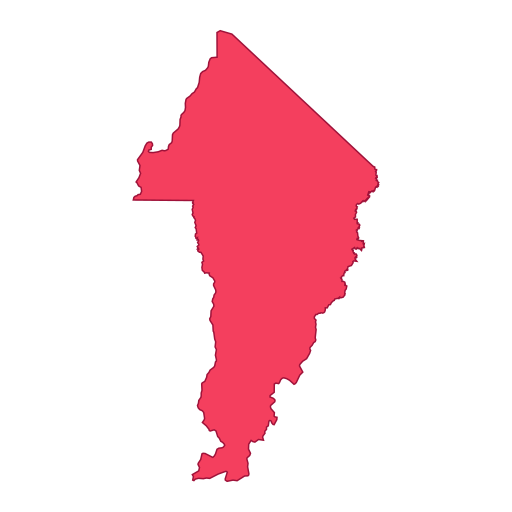 Canutama, Amazonas, Brazil (Robinson projection)
{"feature_id": "56859067B47239543659511", "entity_name": "Canutama", "entity_type": "district", "adm_level": 2, "iso_a3": "BRA", "parent_name": "Brazil", "parent_adm1": "Amazonas", "projection": "robinson", "projection_center": [-63.96, -7.456], "detail": "fine", "context": "isolated", "style": "filled", "palette": "rose", "viewbox_px": 512, "rotation_deg": 0, "n_neighbors": 0, "source": "geoboundaries", "source_scale": "gbopen_adm2", "svg_char_len": 6111}
<svg xmlns="http://www.w3.org/2000/svg" viewBox="0 0 512 512"><path d="M315.2,337.9L316.1,329.5L315.5,327.4L316.0,324.2L315.5,321.9L316.0,320.1L314.4,318.5L314.3,317.0L315.8,314.5L317.0,314.5L318.6,313.3L320.3,313.2L320.9,312.7L322.7,313.1L323.9,312.6L324.7,311.8L325.3,309.9L325.3,307.8L327.2,307.9L328.8,304.8L330.4,304.6L331.4,302.6L333.5,300.6L334.3,300.4L334.8,299.0L337.4,298.4L339.0,298.6L339.2,298.3L338.8,297.8L339.6,297.1L339.6,297.6L340.8,297.8L343.1,297.2L344.9,294.9L344.6,294.2L345.1,293.7L344.7,292.9L345.1,290.3L346.2,289.0L346.8,286.0L345.0,285.2L345.4,284.3L345.2,283.8L344.9,284.2L344.9,282.3L343.4,281.4L342.0,281.4L342.0,279.6L340.8,278.1L341.5,277.9L341.3,277.1L342.6,275.6L343.7,275.7L344.0,273.2L345.0,272.6L344.7,271.6L345.1,270.9L347.7,270.2L347.8,269.7L346.9,269.3L347.5,268.9L348.0,266.6L351.4,265.5L353.1,262.7L352.9,261.5L353.8,260.9L356.8,261.3L355.1,259.1L355.1,257.7L356.5,257.7L356.8,257.1L356.7,256.7L355.9,256.7L356.9,255.5L356.7,254.9L356.0,253.9L354.6,254.1L353.9,253.4L354.1,252.9L353.6,252.9L353.0,251.4L353.2,250.5L352.8,250.7L351.9,249.2L354.6,247.5L355.0,248.6L356.1,249.2L357.2,247.7L358.1,248.7L358.6,248.2L359.3,248.4L361.5,250.5L361.8,249.4L361.5,248.1L364.4,247.5L364.3,246.9L363.7,246.8L364.3,243.6L363.4,244.1L363.2,243.5L363.4,240.9L362.0,241.2L362.2,240.7L359.2,240.4L356.9,239.6L357.2,238.4L358.4,238.5L358.7,237.9L357.9,236.2L357.5,232.7L356.6,231.9L357.3,229.9L356.8,229.8L358.3,228.7L358.2,228.2L359.1,228.4L358.9,227.3L359.4,227.2L359.2,226.1L359.8,225.2L359.4,224.3L357.4,223.7L357.8,222.8L357.2,222.8L357.2,219.3L354.5,219.3L353.8,218.2L355.5,216.9L355.4,214.5L356.6,212.2L356.1,211.3L355.3,211.1L355.5,210.0L356.3,208.9L356.6,209.3L357.1,208.1L356.9,207.2L357.2,206.8L356.4,206.4L356.2,205.6L356.5,204.5L357.8,203.5L358.7,204.1L360.7,203.2L362.6,201.1L363.0,201.6L363.9,200.6L365.1,201.6L365.7,200.1L366.2,199.7L366.5,200.2L367.0,198.6L367.4,198.3L367.5,199.3L369.6,196.8L368.9,196.1L369.3,195.7L367.7,195.1L367.8,194.6L368.6,194.3L368.2,193.3L368.5,192.7L369.4,192.8L369.0,191.7L370.1,191.8L370.1,192.6L372.1,190.9L373.0,191.8L373.6,190.6L374.2,191.0L374.6,190.5L375.5,187.4L375.9,187.0L376.8,187.2L376.7,186.7L378.1,186.5L378.4,186.0L377.5,185.5L378.5,184.5L378.0,184.2L378.1,183.5L378.7,182.5L377.4,181.5L377.4,180.3L376.3,180.3L376.5,178.5L375.7,178.2L376.0,177.6L377.2,177.3L377.0,175.7L376.5,175.9L375.9,175.1L376.2,172.1L375.6,171.6L376.6,170.2L376.6,169.6L375.3,169.5L374.8,168.9L374.9,167.9L374.4,167.4L374.6,167.0L372.9,166.2L231.9,34.1L220.2,30.7L217.0,32.5L217.1,57.2L211.6,57.7L210.2,58.8L208.8,62.3L208.3,66.5L207.5,68.0L205.5,70.3L202.6,71.6L200.7,73.5L199.7,77.2L199.2,82.4L197.5,87.7L196.4,88.6L194.4,92.1L192.1,93.6L190.1,96.0L186.6,98.5L186.0,99.6L185.3,103.3L185.5,107.5L185.0,110.6L183.8,112.4L181.5,114.5L181.0,115.6L181.0,117.0L180.1,119.4L179.9,125.2L179.5,126.6L178.2,128.9L173.3,133.1L172.5,134.7L172.2,141.3L171.5,142.8L169.2,144.6L168.5,146.4L168.2,149.2L165.9,150.5L164.4,150.8L162.1,150.3L158.2,151.8L153.1,152.6L149.4,152.4L148.4,151.4L148.9,150.0L151.2,149.4L151.3,147.1L152.6,145.4L152.4,143.7L151.3,142.1L148.7,142.1L146.9,143.1L145.2,145.9L142.8,152.4L137.5,159.7L137.6,161.0L140.0,165.5L139.3,170.4L140.6,173.3L139.0,177.6L136.1,182.0L137.0,182.8L138.6,185.9L141.1,187.4L141.6,191.4L140.3,194.3L138.1,194.6L137.0,195.7L135.2,196.2L133.9,197.4L133.3,200.0L193.4,200.5L192.6,202.6L193.2,203.0L192.8,203.4L193.7,204.5L192.6,206.1L193.2,207.1L192.2,209.4L193.0,213.0L192.2,214.4L192.7,215.8L194.1,216.9L193.8,217.6L194.9,218.8L195.5,220.5L194.8,222.4L196.1,225.8L195.2,227.6L196.1,228.7L196.7,233.2L195.5,234.0L195.2,236.3L195.7,236.9L196.0,238.4L196.5,238.7L197.4,237.9L197.2,240.0L198.3,239.6L198.6,240.7L197.6,242.6L198.7,244.1L198.8,245.0L197.2,246.5L198.1,248.1L197.8,248.5L198.5,248.3L198.7,249.3L197.9,249.8L197.8,250.9L199.4,252.2L201.0,252.4L203.2,256.0L202.9,259.2L203.6,261.0L201.9,262.3L202.5,264.5L201.9,267.3L202.3,270.3L204.3,272.2L204.7,273.2L206.2,272.8L209.3,273.1L209.1,274.0L209.7,275.7L212.9,277.8L214.8,281.1L214.7,282.1L213.6,283.9L213.6,285.5L215.7,289.9L215.9,291.9L215.5,293.1L214.1,295.0L213.7,297.4L212.8,298.7L212.2,301.5L213.7,304.2L213.9,306.2L211.1,310.8L210.8,316.6L209.7,318.8L210.0,320.4L212.9,325.0L213.2,331.1L213.8,332.2L214.7,339.0L215.7,341.8L215.1,346.9L216.4,349.6L215.4,355.2L216.4,359.5L216.3,361.2L215.5,361.9L214.7,365.9L213.8,367.3L210.1,370.1L208.9,372.5L207.1,374.5L206.6,377.4L204.8,381.4L202.2,382.9L201.7,383.9L202.0,390.3L201.2,393.0L201.2,395.9L200.9,397.4L198.8,400.4L198.4,403.4L197.5,405.5L198.2,407.8L199.7,409.6L202.4,410.8L203.7,412.5L204.6,418.4L204.3,419.6L202.4,422.5L206.3,425.8L209.0,429.3L209.3,430.5L210.2,431.0L214.2,429.8L216.0,431.0L217.7,436.5L219.3,438.2L220.8,441.3L222.7,442.4L224.3,444.2L224.7,445.3L223.4,447.1L222.0,447.8L218.8,448.2L217.0,449.3L215.5,453.9L214.3,456.0L212.8,457.4L205.1,453.5L203.0,453.3L202.0,453.8L200.7,459.5L198.2,463.3L198.0,464.4L199.5,467.5L198.7,470.9L192.3,474.6L193.4,476.6L192.7,480.1L193.9,480.6L195.3,479.1L198.5,478.3L203.3,478.7L206.5,478.0L209.7,478.4L218.3,474.0L225.5,471.4L226.5,471.5L227.3,472.2L225.2,478.9L225.3,480.1L227.1,481.3L233.0,480.1L237.1,480.7L244.6,476.0L247.9,475.8L248.7,475.0L248.9,473.8L247.6,466.8L248.0,463.3L246.8,458.9L247.2,457.7L249.7,455.5L250.5,453.3L248.5,449.1L248.7,444.2L251.1,440.4L252.8,441.6L254.9,442.1L258.5,439.5L263.5,440.2L262.6,437.1L263.0,435.9L265.0,433.2L264.7,432.1L265.0,431.0L266.5,429.4L266.5,427.1L268.3,425.8L268.9,421.2L269.7,420.5L270.7,420.7L271.4,421.5L271.6,422.7L273.0,424.4L274.1,424.7L276.8,419.7L277.0,417.3L275.0,416.9L274.1,416.1L274.4,412.6L270.9,408.6L270.4,406.8L270.6,405.5L274.8,401.7L275.0,400.1L274.3,399.2L273.1,398.2L270.0,397.0L270.1,395.5L274.2,392.3L274.3,384.0L275.9,383.1L278.6,383.6L279.4,382.7L280.7,379.7L282.3,378.2L283.8,377.8L286.8,378.7L289.6,380.3L294.0,384.3L295.2,383.7L296.3,382.5L299.8,375.1L302.8,372.1L299.5,366.0L299.7,364.6L302.7,361.2L306.6,358.7L309.6,353.4L310.6,350.4L309.8,349.0L310.0,347.5L312.1,345.3L313.7,342.5L315.2,341.6L315.8,339.9L315.2,337.9Z" fill="#f43f5e" stroke="#9f1239" stroke-width="1.5"/></svg>